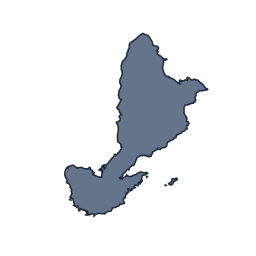 Banggai, Sulawesi Tengah, Indonesia (Natural Earth projection), rotated 147°
{"feature_id": "22746128B48169474795911", "entity_name": "Banggai", "entity_type": "district", "adm_level": 2, "iso_a3": "IDN", "parent_name": "Indonesia", "parent_adm1": "Sulawesi Tengah", "projection": "natural_earth1", "projection_center": [122.763, -1.049], "detail": "fine", "context": "isolated", "style": "filled", "palette": "slate", "viewbox_px": 256, "rotation_deg": 147, "n_neighbors": 0, "source": "geoboundaries", "source_scale": "gbopen_adm2", "svg_char_len": 5823}
<svg xmlns="http://www.w3.org/2000/svg" viewBox="0 0 256 256"><g transform="rotate(147 128 128)"><path d="M64.1,199.3L67.2,199.4L74.1,198.3L80.4,198.1L81.4,197.3L83.8,194.0L84.8,194.0L86.4,192.2L87.5,191.9L90.3,188.9L92.4,187.6L96.3,186.9L99.9,183.8L101.9,180.4L101.7,179.3L102.5,178.5L102.7,177.2L104.8,175.2L108.6,172.7L108.5,172.3L108.6,172.6L110.3,170.3L110.4,168.6L110.9,167.2L112.5,165.5L114.9,164.3L116.1,162.8L116.0,162.5L116.3,162.8L117.2,161.5L118.1,161.0L119.2,157.7L118.9,156.5L118.3,156.1L118.1,155.5L122.4,153.0L126.1,151.4L126.4,149.6L125.6,147.7L126.5,146.0L126.5,144.3L126.0,145.4L126.4,144.1L126.3,142.6L127.2,143.2L129.2,142.5L129.6,139.9L130.0,139.1L132.4,138.7L134.3,139.2L135.0,138.7L134.9,136.2L136.5,132.6L138.8,129.6L140.7,127.9L144.1,122.2L142.8,118.6L144.2,115.8L144.0,115.4L143.3,116.2L143.4,115.3L143.9,115.4L145.3,113.8L146.4,113.8L147.6,112.8L149.9,112.6L150.7,112.1L152.1,112.0L153.1,112.9L153.6,113.0L153.6,112.6L154.0,112.9L155.8,111.7L158.3,111.3L164.1,109.3L166.1,109.1L166.6,108.4L166.9,109.3L168.7,110.3L170.5,110.2L170.2,109.4L169.2,108.8L169.5,108.5L168.9,107.6L169.3,107.3L169.0,106.9L169.6,107.1L170.7,105.6L170.1,106.5L170.1,108.5L170.5,108.8L170.7,108.2L170.7,109.0L171.0,109.2L172.5,108.8L172.7,107.3L173.2,107.0L173.8,107.5L174.1,107.0L173.7,106.3L173.2,106.7L172.6,106.3L172.6,105.6L173.6,105.0L173.5,104.6L174.4,104.5L174.7,103.5L175.9,102.7L176.9,101.1L180.0,103.6L180.8,105.4L182.4,107.3L181.9,107.8L182.1,108.8L182.7,108.4L182.6,109.3L181.9,109.4L181.7,108.6L180.6,109.1L181.4,110.6L181.2,112.5L182.1,113.8L181.4,114.8L181.6,115.9L182.1,116.1L183.2,115.5L184.4,115.8L187.1,118.1L188.7,120.6L192.0,121.8L191.7,122.0L192.8,122.8L194.0,126.4L194.9,127.1L199.6,128.2L199.9,127.7L199.9,128.2L202.0,127.6L204.5,125.9L206.8,122.6L207.3,120.0L207.1,118.8L207.5,117.6L208.3,116.4L209.3,115.8L207.8,113.1L208.0,110.7L208.3,110.0L209.0,109.9L208.6,107.9L209.4,106.1L210.1,106.0L210.7,103.6L213.3,102.0L213.4,101.3L214.3,101.4L214.0,100.8L214.3,100.1L213.0,98.9L213.3,96.5L214.0,95.5L214.6,92.9L215.8,92.7L214.3,90.3L214.4,89.7L213.1,90.0L212.4,89.6L213.4,88.2L213.7,86.2L214.3,85.3L213.4,85.0L212.2,86.3L211.8,86.3L211.5,85.8L211.8,85.8L211.6,85.1L210.0,83.9L209.7,83.2L209.1,83.6L209.7,83.2L209.1,83.1L208.5,81.4L208.2,81.6L208.8,81.0L208.7,80.1L208.1,80.8L208.0,80.2L207.5,80.3L207.5,79.9L207.8,80.1L207.7,79.1L210.8,78.2L209.0,76.7L207.9,77.2L207.3,76.7L207.3,76.1L206.9,76.4L204.5,75.3L204.0,74.5L200.6,72.7L199.6,72.7L194.6,68.9L194.6,70.0L194.5,68.8L191.6,69.2L187.2,67.6L184.5,69.4L184.6,70.2L184.5,69.3L181.7,68.2L179.7,68.0L179.7,69.0L179.7,68.0L178.3,67.6L175.8,68.5L175.5,67.8L172.2,66.9L171.5,67.5L171.8,68.7L171.3,69.8L171.6,70.2L171.3,69.9L170.6,70.8L169.7,71.0L169.4,72.1L169.4,71.2L168.8,70.9L167.4,71.6L166.7,72.9L165.4,73.5L164.9,74.3L164.5,73.5L164.1,74.0L162.6,73.8L161.9,75.5L161.3,75.6L161.4,77.0L160.9,77.0L160.8,76.2L160.2,76.1L160.1,74.8L159.5,74.8L161.0,73.7L159.5,74.1L158.2,73.7L157.4,74.7L154.5,74.3L154.8,74.8L154.5,75.7L153.1,76.3L151.1,74.1L150.8,75.2L150.8,74.7L149.9,75.0L149.4,76.4L148.8,76.6L148.0,76.5L147.9,76.0L147.2,75.7L146.3,76.3L146.7,75.2L145.1,75.7L144.5,76.6L144.3,77.9L142.2,80.2L140.9,80.1L139.6,79.4L136.1,79.3L136.9,81.0L138.6,81.3L140.6,83.7L142.3,84.6L142.5,84.2L144.7,85.0L146.4,84.4L147.8,85.2L149.5,85.2L149.7,85.6L151.8,85.4L152.1,86.0L153.7,86.8L154.5,88.9L154.6,88.4L154.9,88.8L155.7,88.3L156.0,88.9L159.1,88.6L159.8,89.2L160.6,88.5L160.8,89.1L161.9,89.4L162.3,90.5L161.8,90.4L161.8,90.8L159.1,90.5L158.3,91.8L157.8,91.4L157.1,92.3L154.1,92.6L151.9,93.5L151.1,93.6L150.5,92.5L149.8,92.4L148.4,93.7L146.6,94.2L144.4,94.2L143.2,93.6L136.4,98.2L131.8,97.9L131.2,97.0L129.7,96.6L127.9,95.3L128.5,95.2L126.2,92.8L125.9,93.1L125.4,92.7L126.6,92.3L124.6,92.2L124.1,91.7L122.4,93.2L121.4,93.3L120.4,94.5L116.0,94.1L114.8,94.3L114.3,94.8L114.0,93.8L112.7,92.4L111.6,92.9L110.5,92.8L107.1,91.4L104.9,92.2L103.9,93.6L102.3,94.5L99.4,94.2L98.9,94.6L96.4,93.6L94.6,94.5L93.2,93.7L91.0,95.7L90.1,95.8L89.7,95.1L88.8,95.4L88.0,94.9L85.9,94.8L84.9,95.3L82.0,94.7L80.2,95.6L78.9,95.0L77.5,98.1L76.3,97.6L74.5,98.4L74.1,100.4L75.2,101.4L74.8,102.5L73.2,104.1L73.0,109.8L70.2,114.1L68.5,115.7L67.3,116.1L65.5,114.7L64.2,114.9L63.5,114.3L62.8,114.6L61.8,114.1L61.3,114.4L59.8,113.2L58.6,113.8L57.8,113.3L56.6,114.6L56.0,114.5L55.4,116.5L54.7,117.5L53.2,118.3L52.5,119.6L50.9,120.3L48.8,120.0L47.4,120.4L45.7,118.6L44.0,118.5L42.4,117.6L41.6,117.8L41.1,119.7L41.5,121.6L41.4,123.3L41.9,124.2L41.8,125.3L42.8,126.7L42.9,128.6L43.3,128.7L43.2,129.6L43.9,130.9L44.7,130.8L45.3,132.4L46.1,133.1L47.3,132.9L48.5,133.6L49.1,134.8L49.3,136.3L50.4,138.1L51.5,137.8L52.0,136.6L51.7,136.1L52.4,135.7L52.5,136.2L53.6,136.7L54.0,137.3L55.9,137.3L56.9,138.1L57.5,137.9L57.5,138.5L58.0,138.5L57.9,139.7L59.3,139.5L60.6,136.9L61.9,139.4L63.1,144.0L66.2,148.3L65.7,148.5L66.0,149.3L67.3,150.2L68.2,153.1L66.4,159.6L62.4,163.6L61.5,165.8L60.9,165.9L59.7,164.4L58.0,164.4L58.0,164.9L60.3,166.3L61.7,171.1L63.1,173.6L63.0,175.0L61.1,175.4L61.9,177.2L59.8,177.4L58.6,178.8L58.8,180.5L60.1,181.5L61.9,183.8L60.7,187.5L60.7,194.1L64.1,199.3ZM123.0,56.6L120.8,56.8L119.2,57.9L114.9,57.9L114.3,59.2L115.0,59.8L115.7,59.2L118.6,61.4L120.8,59.4L124.3,59.2L124.3,58.6L123.0,56.6ZM40.8,117.8L41.1,116.9L40.1,117.0L40.1,117.8L40.8,117.8ZM138.6,77.3L139.3,76.9L139.4,76.5L138.1,76.8L138.6,77.3ZM174.1,108.8L172.8,108.6L172.7,108.9L174.1,108.8ZM204.1,73.1L204.5,72.7L203.8,72.6L204.1,73.1ZM127.7,59.9L128.1,59.5L127.3,59.3L127.7,59.9ZM154.7,74.2L154.6,73.4L154.4,74.2L154.7,74.2ZM215.9,99.7L215.8,99.0L215.3,98.8L215.5,99.5L215.9,99.7ZM148.4,75.0L148.2,74.5L147.6,75.1L147.9,75.2L148.4,75.0ZM175.3,108.2L175.1,108.0L175.2,108.3L174.2,108.5L174.9,108.7L175.3,108.2ZM173.6,108.3L174.0,108.2L173.4,107.8L173.6,108.3Z" fill="#64748b" stroke="#1e293b" stroke-width="1.5"/></g></svg>